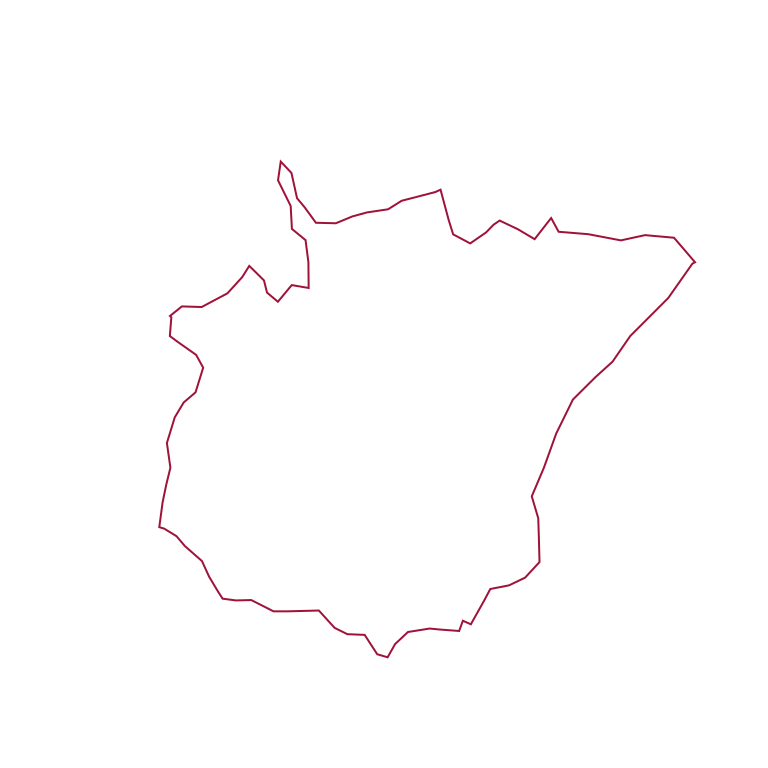 the district of Souskiou, Paphos, Cyprus, rotated 298°
{"feature_id": "46923920B5461634055818", "entity_name": "Souskiou", "entity_type": "district", "adm_level": 2, "iso_a3": "CYP", "parent_name": "Cyprus", "parent_adm1": "Paphos", "projection": "mercator", "projection_center": [32.607, 34.737], "detail": "fine", "context": "isolated", "style": "outline", "palette": "rose", "viewbox_px": 768, "rotation_deg": 298, "n_neighbors": 0, "source": "geoboundaries", "source_scale": "gbopen_adm2", "svg_char_len": 1354}
<svg xmlns="http://www.w3.org/2000/svg" viewBox="0 0 768 768"><g transform="rotate(298 384 384)"><path d="M637.5,601.5L649.3,571.4L638.0,544.6L622.0,525.7L612.2,494.1L600.4,466.7L609.0,453.7L608.2,453.5L582.6,449.0L583.5,429.7L582.6,409.4L576.2,406.0L565.8,403.0L548.6,394.1L548.6,374.8L559.4,363.9L582.1,342.7L577.6,339.2L554.0,313.5L540.2,305.6L527.4,288.3L517.1,277.4L503.3,266.0L494.4,248.2L502.8,230.9L507.2,220.0L526.9,203.2L531.9,188.4L514.1,194.8L497.4,218.0L477.7,229.9L474.2,247.2L456.0,260.1L433.4,272.4L428.0,256.1L406.8,251.7L409.8,237.8L419.1,229.4L420.9,223.5L425.0,209.6L411.7,208.6L390.6,203.2L366.4,186.9L357.6,169.1L343.6,163.1L343.1,164.9L325.8,172.4L324.3,182.3L321.5,204.5L313.5,216.7L288.2,221.5L273.6,215.8L256.3,214.9L230.0,220.0L209.8,234.7L193.3,238.9L175.5,244.1L152.1,252.8L153.1,257.8L152.2,272.3L147.4,284.3L142.2,306.4L131.8,320.0L122.4,335.6L118.7,342.3L123.4,354.9L130.9,368.2L131.4,393.1L137.9,405.4L153.4,432.8L145.5,454.9L145.9,469.1L153.4,484.7L142.2,504.9L144.4,515.5L159.7,515.9L176.3,521.6L189.5,539.1L193.4,548.5L201.2,566.3L212.0,564.8L212.6,573.5L239.7,574.1L252.9,574.1L264.9,588.9L279.3,599.5L299.8,604.9L321.7,592.5L337.9,583.2L354.2,567.2L385.1,564.5L421.2,559.3L459.0,558.1L489.4,567.5L511.0,575.3L542.0,578.9L593.4,594.6L635.1,599.8L637.5,601.5Z" fill="none" stroke="#9f1239" stroke-width="2"/></g></svg>